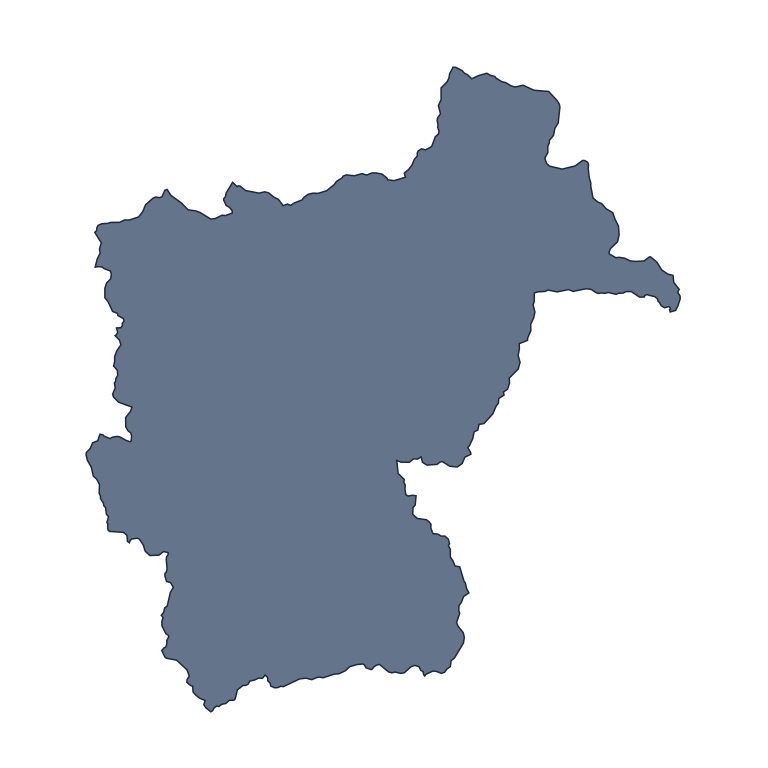 the district of Recuay, Áncash, Peru, rotated 174°
{"feature_id": "86281439B88732567790180", "entity_name": "Recuay", "entity_type": "district", "adm_level": 2, "iso_a3": "PER", "parent_name": "Peru", "parent_adm1": "Áncash", "projection": "albers", "projection_center": [-77.446, -9.949], "detail": "fine", "context": "isolated", "style": "filled", "palette": "slate", "viewbox_px": 768, "rotation_deg": 174, "n_neighbors": 0, "source": "geoboundaries", "source_scale": "gbopen_adm2", "svg_char_len": 6081}
<svg xmlns="http://www.w3.org/2000/svg" viewBox="0 0 768 768"><g transform="rotate(174 384 384)"><path d="M305.0,305.0L304.9,306.7L307.3,312.0L305.4,313.8L301.4,320.5L299.4,327.0L295.5,328.4L293.7,333.9L288.7,334.2L278.9,342.9L274.8,350.3L272.2,353.0L271.4,357.5L265.8,360.4L266.0,363.6L261.7,365.9L259.0,371.8L258.9,376.7L248.9,384.9L246.4,391.5L247.6,398.3L245.7,404.7L245.3,410.0L236.7,412.4L236.3,414.8L232.4,421.6L231.9,428.0L228.2,434.2L226.4,439.8L227.4,447.0L225.9,450.4L225.0,458.8L221.2,459.6L214.3,459.2L211.1,460.3L202.2,457.5L190.6,458.6L186.2,456.3L173.3,457.6L168.4,456.6L163.2,452.5L160.9,451.6L158.7,451.9L154.7,451.0L151.4,451.6L143.8,448.9L141.4,449.7L136.7,449.4L133.7,450.6L128.5,450.1L120.7,443.7L116.0,443.3L115.4,444.7L113.4,445.4L105.2,442.4L102.9,439.6L102.9,437.7L101.4,436.0L100.1,432.8L96.9,430.5L92.9,431.2L91.9,430.6L91.2,428.6L92.3,428.0L91.8,425.7L86.3,426.7L83.6,430.8L80.6,437.5L80.3,440.4L82.3,444.7L80.5,447.3L85.2,454.8L85.2,461.8L90.3,463.7L95.8,468.3L99.9,476.7L105.5,482.5L106.7,482.7L112.5,479.2L121.0,479.6L126.2,480.7L131.6,484.0L136.8,485.4L140.2,485.4L146.2,489.7L146.5,491.1L144.7,494.9L136.9,501.0L134.6,507.7L134.3,516.6L137.0,523.6L138.6,530.5L144.8,535.1L148.7,540.7L152.5,542.7L156.7,547.2L157.7,559.3L157.3,562.3L158.3,567.6L158.4,577.1L157.6,580.8L158.3,583.2L160.9,585.2L163.2,585.6L171.0,580.9L184.4,579.1L196.6,583.4L199.3,586.4L200.5,591.6L196.8,597.2L196.3,603.2L194.4,606.6L194.1,609.0L189.5,613.4L187.3,620.4L183.5,625.4L180.1,641.0L180.4,644.1L182.2,647.7L189.6,657.7L204.2,660.5L214.4,666.6L222.6,665.6L226.7,667.4L231.4,671.0L235.3,672.4L240.5,676.4L241.6,678.2L246.2,680.0L249.2,682.3L257.9,680.8L264.8,678.4L268.7,682.9L271.6,684.8L273.7,687.7L279.5,691.4L282.1,691.9L286.2,685.9L287.6,681.1L289.9,677.7L296.3,672.5L297.5,660.8L300.8,655.2L299.6,646.9L303.0,642.8L303.6,640.7L303.2,635.9L303.8,634.0L302.9,629.5L303.7,626.9L307.1,624.6L311.6,615.5L312.9,614.6L318.5,612.5L321.9,614.0L325.7,612.1L326.8,610.2L327.1,607.2L330.2,604.4L333.5,598.6L337.1,594.8L341.8,591.6L341.1,587.4L352.8,585.2L359.0,586.7L359.6,588.6L364.0,592.9L369.5,594.7L373.9,595.2L379.3,593.6L383.9,595.5L391.7,594.2L399.7,595.9L403.0,595.0L404.0,593.5L410.1,590.4L412.7,587.5L420.8,582.2L429.5,580.5L434.6,581.2L439.2,580.7L444.0,578.1L446.4,575.6L454.7,573.3L458.2,571.3L461.3,573.1L465.6,571.9L469.7,578.6L473.9,581.3L478.9,586.3L482.8,587.6L488.3,586.9L501.3,590.8L506.5,595.9L508.3,596.3L509.5,595.7L513.5,600.4L521.0,590.5L522.2,586.7L524.0,585.1L524.2,583.7L522.4,578.2L519.1,575.6L517.0,572.4L517.0,569.9L524.2,568.1L527.3,568.8L534.7,566.2L539.0,566.1L549.0,573.8L553.3,575.9L560.6,577.7L566.7,585.4L576.2,593.9L579.4,600.2L581.7,599.6L585.3,593.3L587.8,592.8L591.5,593.8L594.4,592.9L602.4,587.2L605.8,580.8L610.6,575.8L620.4,573.7L624.9,574.3L630.0,572.4L639.0,573.3L642.0,572.6L647.7,572.9L651.7,571.7L653.2,569.5L653.9,566.4L655.8,565.1L650.4,553.9L652.9,547.9L652.6,543.9L656.2,538.2L659.0,530.4L655.7,530.6L652.0,529.7L649.9,527.8L644.2,524.9L643.7,521.7L644.9,517.1L649.3,513.5L651.6,508.4L652.6,499.0L649.9,494.8L646.3,484.5L641.6,482.0L641.5,479.9L636.5,476.3L636.0,474.8L636.2,473.4L638.1,471.6L637.9,469.8L639.8,467.5L644.2,467.7L643.5,463.3L644.8,461.1L646.4,460.3L642.6,455.4L641.5,450.6L646.4,444.8L649.0,439.5L649.5,434.7L651.1,430.1L647.8,425.6L647.9,420.6L650.3,417.1L650.6,414.6L652.1,413.2L651.7,408.2L655.0,402.2L654.4,399.3L649.9,393.7L637.1,387.4L638.8,383.5L644.5,377.6L645.3,368.5L643.6,364.4L641.0,361.9L640.4,358.7L641.5,353.5L642.7,353.2L646.3,354.8L652.1,358.9L655.0,359.8L659.2,359.6L662.4,358.4L667.9,361.5L668.9,362.8L671.7,363.8L674.7,357.5L680.0,355.9L682.9,350.6L687.2,347.0L687.7,344.3L687.0,339.2L683.8,331.9L682.7,322.7L679.6,319.3L677.5,313.7L678.7,305.1L677.6,302.0L678.0,299.8L675.6,295.0L675.3,292.0L673.8,290.1L673.7,283.5L671.8,280.8L674.1,275.2L673.3,273.9L673.9,269.4L673.5,267.1L672.1,266.0L659.1,263.8L657.9,263.0L655.4,260.3L655.6,254.3L653.8,252.7L652.8,254.9L651.0,256.2L645.5,256.4L643.7,255.6L640.2,249.0L639.0,242.7L634.8,237.9L625.8,237.3L620.7,240.4L616.3,238.9L616.5,237.0L618.4,234.6L618.9,232.3L619.1,222.4L620.2,219.8L621.6,218.5L622.0,216.1L620.9,210.4L617.0,208.7L614.8,203.7L618.3,199.0L622.8,185.9L625.5,184.3L627.1,179.8L629.7,177.3L628.1,174.9L629.7,171.2L630.1,166.6L627.0,158.3L624.8,156.7L624.4,155.1L626.8,151.8L627.1,148.3L628.5,145.2L630.3,144.6L632.9,142.2L630.3,135.1L629.0,134.0L619.1,131.0L609.8,120.3L608.2,113.8L610.6,110.9L611.3,108.0L607.8,104.3L605.9,103.5L606.1,97.7L603.7,94.2L600.1,90.7L595.0,88.0L596.7,83.9L595.0,80.6L590.5,76.1L588.5,77.1L587.2,79.2L584.2,81.3L582.0,80.5L578.9,82.4L574.7,82.8L570.8,85.6L566.3,85.2L564.9,86.4L561.8,95.1L555.8,98.9L553.2,98.7L550.6,99.6L548.4,102.6L543.8,103.1L539.5,104.6L535.5,104.1L532.7,107.0L530.4,104.3L530.6,101.0L528.5,98.3L528.2,95.4L524.5,93.3L521.0,93.2L518.2,94.2L515.8,93.5L498.8,99.5L492.4,99.6L486.7,97.5L481.4,99.1L478.8,99.3L475.3,98.2L463.5,100.7L459.2,100.5L452.5,102.8L447.7,106.4L440.5,107.8L434.3,107.8L432.9,106.7L431.6,103.7L426.9,101.4L426.0,101.3L423.3,103.9L420.6,105.2L417.8,105.6L409.7,97.3L406.4,95.9L403.1,96.4L397.9,94.5L394.1,94.6L386.5,100.1L382.7,100.9L378.8,99.3L377.4,95.4L375.1,93.8L375.1,91.1L374.0,89.3L372.9,90.8L365.4,93.4L361.9,92.7L357.1,90.2L353.9,91.0L351.1,94.0L347.6,96.0L346.2,101.8L342.6,104.1L332.1,118.0L330.6,123.6L331.2,128.4L335.6,135.3L336.8,139.2L332.7,148.0L333.3,151.0L332.6,155.7L329.9,158.6L327.1,164.3L321.4,167.4L323.1,171.5L324.0,177.9L325.0,179.4L327.8,194.2L332.5,195.7L333.7,200.5L336.1,205.0L335.3,212.5L336.8,216.5L335.5,218.3L336.3,223.1L339.4,226.4L342.8,226.7L346.4,229.2L351.0,230.1L352.5,236.0L351.9,239.4L353.6,242.3L356.0,244.6L364.9,246.8L369.1,251.4L368.0,258.2L365.6,260.3L363.8,269.5L367.5,270.4L371.6,270.0L373.8,271.6L374.2,276.8L373.4,281.2L374.5,283.8L373.9,287.1L379.3,293.5L379.3,306.6L375.3,304.5L367.0,303.5L362.3,306.5L358.6,305.8L354.7,307.6L353.9,302.1L349.9,298.9L339.6,298.5L336.3,300.5L334.1,300.8L327.2,295.3L319.9,293.8L314.5,296.8L311.3,302.7L305.0,305.0Z" fill="#64748b" stroke="#1e293b" stroke-width="1.5"/></g></svg>